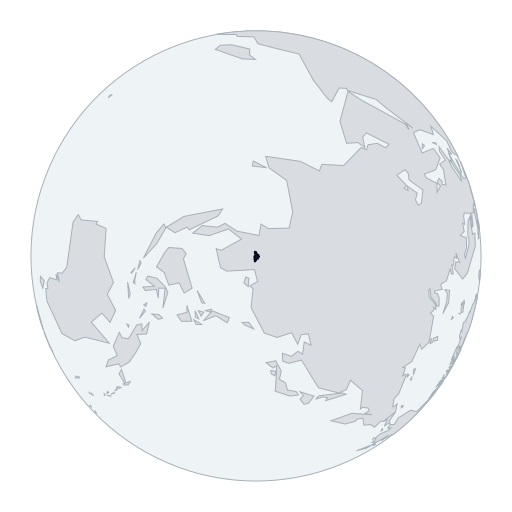 Vientiane highlighted on a globe, orthographic projection, rotated 116°
{"feature_id": "LAO-3284", "entity_name": "Vientiane", "entity_type": "Province", "adm_level": 1, "iso_a3": "LAO", "parent_name": "Laos", "parent_adm1": "", "projection": "orthographic", "projection_center": [102.396, 18.611], "detail": "fine", "context": "on_globe", "style": "filled", "palette": "ink", "viewbox_px": 512, "rotation_deg": 116, "n_neighbors": 0, "source": "natural_earth", "source_scale": "10m", "svg_char_len": 11725}
<svg xmlns="http://www.w3.org/2000/svg" viewBox="0 0 512 512"><g transform="rotate(116 256 256)"><circle cx="256" cy="256" r="225" fill="#eef3f6" stroke="#a8b0b8"/><path d="M467.4,329.9L467.0,331.3L466.9,331.6L467.4,329.9ZM355.4,53.8L358.7,57.2L367.1,62.6L359.5,58.7L380.4,72.6L387.0,80.3L375.0,69.2L370.3,66.3L372.6,70.0L368.2,67.9L366.8,68.8L361.4,66.3L354.9,60.7L351.3,59.2L353.1,62.0L348.8,61.7L346.7,57.8L339.1,57.2L326.7,49.3L325.4,43.4L314.1,39.5L302.9,35.7L320.9,40.3L338.4,46.3L355.4,53.8ZM280.4,32.0L279.4,32.0L275.8,31.6L274.9,31.5L280.4,32.0ZM462.9,166.8L462.8,166.7L462.9,166.8ZM374.1,67.4L372.4,65.5L375.5,68.1L374.1,67.4ZM367.6,69.4L369.4,70.7L367.9,70.6L367.6,69.4ZM358.3,66.9L355.3,66.8L357.2,65.9L358.3,66.9ZM352.8,66.0L345.5,66.4L349.1,69.1L335.0,62.3L345.8,63.8L347.6,62.2L349.3,64.4L352.8,66.0ZM286.5,32.8L304.1,35.9L305.3,36.5L299.2,35.1L303.5,36.5L295.5,35.1L291.3,34.1L292.1,33.9L288.4,33.6L286.5,32.8ZM328.4,58.8L325.6,58.3L327.2,57.8L328.4,58.8ZM279.2,32.0L282.7,32.4L284.0,32.8L277.3,32.1L279.0,32.1L279.2,32.0ZM308.6,37.8L308.4,38.2L301.8,37.2L300.8,37.3L295.4,35.2L308.6,37.8ZM276.9,31.9L273.9,31.8L270.0,31.4L275.9,31.7L276.9,31.9ZM287.1,33.2L287.4,33.5L285.1,33.1L287.1,33.2ZM254.4,30.8L258.5,30.8L259.6,30.9L254.4,30.8ZM273.1,31.9L274.4,32.0L275.3,32.2L272.6,32.1L273.1,31.9ZM291.1,34.8L288.4,34.4L293.0,35.5L288.3,35.1L285.5,33.9L284.7,34.3L283.3,34.2L282.6,33.4L291.1,34.8ZM272.4,32.7L267.2,31.7L259.4,31.4L258.3,31.2L271.1,31.8L272.4,32.7ZM278.5,33.1L274.5,32.8L275.1,32.4L278.2,32.5L278.5,33.1ZM286.1,35.4L294.1,36.3L294.4,36.6L286.1,35.4ZM270.0,32.7L271.3,33.0L269.4,32.7L270.0,32.7ZM281.0,34.5L283.8,34.7L284.1,35.0L281.0,34.5ZM271.6,33.6L269.9,33.1L272.0,33.0L271.6,33.6ZM275.8,34.0L275.6,34.4L273.7,33.3L277.0,34.0L275.8,34.0ZM280.8,34.8L281.9,35.0L279.6,34.7L280.8,34.8ZM264.8,34.4L262.0,33.0L266.5,32.7L268.6,34.0L264.8,34.4ZM77.6,118.5L77.1,123.6L75.9,126.5L68.9,135.1L62.8,155.6L69.1,149.8L70.6,164.0L76.1,168.6L90.6,151.8L81.6,143.7L87.1,133.5L99.9,132.3L108.7,140.7L111.1,137.0L111.4,125.2L119.5,121.1L112.2,120.8L110.7,125.3L106.1,125.6L107.2,121.5L110.0,120.0L109.0,116.5L96.0,125.5L93.0,131.1L86.8,127.8L81.3,137.1L77.5,139.4L85.3,124.7L89.2,120.6L98.8,103.8L94.2,107.6L84.8,124.1L85.1,121.8L78.8,128.3L83.8,121.5L95.3,103.6L93.6,101.7L81.1,114.0L101.1,92.4L98.7,95.3L103.9,90.7L113.8,81.8L111.6,84.2L115.0,81.5L114.3,83.3L121.9,79.5L122.5,81.1L133.9,74.1L135.8,74.3L128.4,78.2L123.7,82.2L126.0,87.6L128.9,87.0L136.2,82.3L135.9,84.8L142.7,79.6L148.2,81.4L147.2,75.2L155.7,70.6L163.6,69.1L166.2,66.8L153.3,69.3L148.3,71.5L144.3,74.9L130.6,81.2L128.0,80.7L141.6,70.8L139.4,69.4L151.0,63.2L178.8,58.5L186.1,60.2L180.2,72.0L173.6,73.8L172.5,70.1L165.7,77.6L170.0,74.9L169.8,77.4L177.9,74.5L178.1,76.1L185.5,70.8L186.7,72.5L182.0,75.9L195.0,74.0L199.7,77.3L202.6,76.2L204.2,74.0L209.1,80.2L211.0,79.1L210.1,76.6L213.3,73.1L220.7,69.5L222.0,71.8L219.5,73.4L216.2,80.7L209.2,85.2L210.5,85.9L216.8,82.6L220.9,73.5L225.1,70.8L224.1,74.8L224.7,73.1L227.2,72.5L230.8,74.3L232.4,69.9L257.6,62.7L267.2,66.2L263.5,70.0L282.5,69.7L291.8,75.1L291.0,72.6L299.5,71.7L296.7,69.9L297.0,68.7L317.6,67.3L323.5,69.3L331.4,67.2L331.0,66.1L327.1,64.4L335.0,62.3L349.1,69.1L349.3,71.1L358.0,74.6L357.3,79.1L360.8,84.9L355.0,88.8L358.3,93.6L361.3,94.5L368.0,102.3L371.2,116.4L355.3,100.8L347.8,82.1L349.7,89.0L345.3,86.5L343.5,88.5L345.2,93.9L347.8,95.1L330.2,101.3L326.3,116.6L336.3,116.2L342.8,121.4L347.1,141.9L329.6,169.5L338.1,179.4L338.8,185.9L331.9,189.6L330.6,180.2L323.3,176.6L323.7,171.1L312.1,175.0L312.1,167.4L303.1,174.7L306.8,180.9L317.1,179.8L309.3,190.3L320.0,201.5L321.6,214.8L304.5,237.8L286.6,244.3L285.6,248.5L278.3,243.4L268.9,251.4L282.5,275.8L282.1,282.7L266.7,295.1L266.4,290.0L247.2,276.4L243.7,292.6L258.2,307.0L263.2,323.0L252.1,317.5L247.0,303.3L240.2,298.1L242.0,284.0L236.3,262.3L225.1,265.4L226.0,256.9L216.4,238.5L200.3,242.3L174.6,261.6L171.1,282.9L162.2,291.0L151.5,257.7L151.8,236.4L144.7,236.9L136.3,216.9L112.5,209.1L112.0,203.1L106.9,204.1L101.5,196.3L101.9,186.8L97.3,185.6L97.0,210.8L102.3,212.3L110.8,205.8L109.4,214.2L115.0,223.9L98.3,239.5L67.7,245.5L69.7,229.1L72.0,179.6L74.7,175.4L74.9,174.8L75.2,173.8L70.4,180.3L72.4,171.1L65.9,203.6L62.6,216.7L67.2,246.3L65.6,248.1L68.6,255.0L84.1,255.5L83.1,260.7L72.7,281.8L55.6,305.7L60.7,329.1L64.4,347.3L60.0,354.0L66.8,369.0L65.5,371.0L69.7,378.9L72.3,385.1L74.2,389.0L74.0,388.8L65.0,375.4L56.9,361.5L49.9,347.0L43.9,332.1L39.1,316.7L35.3,301.1L32.6,285.2L31.1,269.1L30.7,253.0L31.5,237.0L33.5,221.0L36.5,205.2L40.7,189.6L46.0,174.4L52.4,159.6L59.8,145.3L68.2,131.6L77.6,118.5ZM113.1,159.9L121.7,164.9L126.5,151.6L130.2,152.6L130.5,148.0L126.8,150.7L128.8,138.6L135.7,137.3L139.1,132.3L136.4,130.4L123.5,134.9L120.5,151.8L114.8,155.5L113.1,159.9ZM135.0,66.8L131.8,69.1L127.8,71.5L127.2,71.3L132.9,67.6L135.0,66.8ZM128.3,72.1L142.0,63.4L143.0,63.8L140.1,64.9L139.3,66.0L134.5,68.3L122.0,78.0L117.7,80.9L118.9,77.7L120.8,76.9L123.8,74.3L128.3,72.1ZM175.5,46.0L181.4,43.8L175.8,47.3L170.8,49.0L169.9,48.4L175.1,46.0L175.5,46.0ZM270.7,31.2L271.0,31.3L268.0,31.2L265.0,31.1L265.6,31.0L261.2,31.0L259.8,30.8L256.3,30.8L249.9,30.8L270.7,31.2ZM221.2,33.4L224.0,33.0L225.8,32.8L226.8,32.6L222.9,33.2L229.7,32.3L229.8,32.5L237.6,32.3L247.4,31.7L250.5,31.9L246.7,32.2L252.5,32.3L247.5,33.2L249.6,33.5L246.7,35.0L238.2,36.0L241.2,36.3L239.1,37.9L232.1,39.2L234.1,37.7L225.0,40.4L223.6,39.1L222.6,39.5L218.8,39.1L212.5,39.7L212.8,39.0L210.2,39.5L207.6,39.6L204.2,40.2L203.6,39.4L199.3,40.2L201.5,39.4L194.3,41.2L199.4,39.5L196.6,39.9L193.1,41.3L197.7,38.4L221.2,33.4ZM263.7,34.8L253.8,35.5L248.2,35.4L255.5,32.9L254.3,32.5L258.8,31.5L266.9,32.0L264.8,32.1L264.7,32.4L262.2,32.1L264.2,32.6L261.4,33.0L262.2,33.6L258.8,33.6L263.7,34.8ZM78.8,124.4L78.6,125.8L79.3,127.0L75.4,131.4L78.8,124.4ZM86.3,112.1L86.8,112.3L81.6,118.5L81.8,117.3L86.3,112.1ZM91.5,107.6L87.2,111.9L89.6,108.9L91.5,107.6ZM129.4,78.4L130.4,78.8L128.8,80.0L126.1,81.3L129.4,78.4ZM204.8,49.5L206.8,48.0L208.2,48.0L215.6,45.5L217.2,46.7L213.4,48.6L204.8,49.5ZM86.5,153.6L82.3,155.7L82.7,153.2L84.0,152.9L86.5,153.6ZM76.6,142.8L76.8,147.5L75.5,144.0L76.6,142.8ZM207.8,50.3L210.6,49.1L209.7,50.5L207.8,50.3ZM218.8,47.5L218.4,48.9L218.3,46.6L218.8,47.5ZM173.9,455.9L178.6,458.2L175.4,457.7L173.9,455.9ZM84.9,354.9L88.1,383.1L82.2,380.4L76.8,370.4L72.7,352.3L78.1,350.0L79.6,342.7L84.9,354.9ZM319.4,359.4L326.0,360.2L325.7,361.1L319.4,359.4ZM312.5,356.2L320.1,356.4L311.1,358.3L312.5,356.2ZM323.0,356.5L330.8,354.4L334.1,352.7L333.5,354.7L323.0,356.5ZM307.3,356.3L278.9,355.7L267.6,352.8L270.3,349.3L288.6,350.7L307.3,356.3ZM269.4,349.2L252.1,338.2L228.3,306.6L236.8,307.8L261.7,327.5L260.1,330.5L270.6,339.0L269.4,349.2ZM311.1,331.2L309.4,340.6L293.8,339.7L286.6,338.1L281.7,325.9L284.5,319.8L290.3,320.1L312.9,299.3L320.8,304.4L313.9,313.3L320.4,321.5L311.1,331.2ZM172.0,285.1L176.7,298.7L171.9,300.1L172.0,285.1ZM321.8,284.4L312.9,293.7L321.0,281.3L321.8,284.4ZM326.6,272.6L327.2,277.4L323.4,272.8L326.6,272.6ZM285.5,255.1L279.3,256.0L279.1,252.6L286.9,249.5L285.5,255.1ZM322.6,226.2L322.9,236.1L321.8,239.4L318.8,233.5L322.6,226.2ZM225.9,62.8L213.7,64.5L206.1,67.4L203.5,71.3L202.0,66.9L213.7,62.4L225.9,62.8ZM253.6,62.3L255.8,59.5L258.3,60.7L258.1,61.5L253.6,62.3ZM252.4,60.6L248.6,57.4L252.1,55.9L254.5,58.6L252.4,60.6ZM227.8,52.6L224.1,52.9L224.9,51.7L227.8,52.6ZM415.6,414.8L409.3,421.1L401.6,427.9L396.4,431.7L415.6,414.8ZM368.7,440.8L371.0,435.5L378.3,433.6L373.1,438.9L368.7,440.8ZM417.2,413.4L420.8,409.5L426.5,403.0L431.2,396.5L427.5,401.9L428.6,400.8L417.2,413.4ZM348.9,421.2L305.7,435.3L296.7,434.0L300.2,429.0L294.4,413.4L297.4,413.7L296.9,402.8L323.2,392.1L342.3,372.5L355.6,372.9L366.4,358.3L379.6,358.1L374.8,369.4L387.6,375.1L398.7,349.6L404.0,374.3L411.6,381.6L410.8,396.4L388.1,424.2L377.4,430.7L376.4,428.9L371.7,432.0L365.9,432.0L364.8,424.7L360.0,427.7L365.6,421.2L358.2,427.2L356.2,422.5L348.9,421.2ZM442.2,361.5L443.4,361.6L444.7,365.0L442.7,365.1L442.2,361.5ZM463.9,337.2L463.9,338.9L462.7,340.3L463.9,337.2ZM466.9,331.6L465.6,333.6L467.4,329.9L466.9,331.6ZM452.1,343.9L452.5,345.2L451.9,346.0L452.1,343.9ZM451.6,343.6L452.8,340.7L452.3,343.3L451.6,343.6ZM446.3,332.1L447.3,330.5L447.6,331.4L446.3,332.1ZM335.7,360.0L345.0,352.5L350.0,351.7L335.7,360.0ZM445.1,329.7L442.8,330.1L443.1,328.6L445.1,329.7ZM445.5,326.3L445.4,324.4L446.6,328.6L445.5,326.3ZM441.2,323.1L443.9,325.9L440.8,323.6L441.2,323.1ZM439.3,324.1L437.2,323.0L437.4,322.4L439.3,324.1ZM413.0,331.9L421.3,342.2L414.2,343.1L406.4,337.0L399.6,344.8L384.5,345.3L388.2,340.7L386.3,334.3L370.3,333.0L367.1,328.9L373.0,325.6L362.2,322.9L374.0,320.1L378.7,328.7L385.3,321.2L396.4,321.8L406.9,323.5L415.1,329.0L413.0,331.9ZM373.8,339.7L375.8,339.5L373.9,342.3L373.8,339.7ZM433.1,319.1L436.2,322.7L435.8,323.8L434.2,323.5L433.1,319.1ZM417.0,327.1L425.9,318.4L427.9,318.2L422.0,327.5L417.0,327.1ZM423.9,314.0L427.9,314.4L429.9,318.1L429.1,319.4L423.9,314.0ZM349.7,332.9L349.1,335.4L346.0,333.6L349.7,332.9ZM353.7,331.3L363.0,333.4L352.8,333.4L353.7,331.3ZM324.8,323.6L327.6,329.4L336.5,325.4L329.7,331.0L335.6,340.4L333.5,344.1L327.7,333.9L325.4,344.6L321.5,344.5L319.4,335.3L323.5,324.0L327.4,319.3L343.4,316.9L324.8,323.6ZM353.7,324.1L351.2,317.4L353.0,312.7L355.8,316.2L353.7,324.1ZM343.6,301.1L336.8,293.3L330.7,296.5L342.8,285.0L347.4,294.4L343.6,301.1ZM337.6,283.7L331.9,286.6L337.6,279.9L337.6,283.7ZM330.3,283.9L329.5,278.3L334.1,279.0L330.3,283.9ZM340.5,283.9L341.3,274.3L343.8,279.9L340.5,283.9ZM327.2,265.9L337.2,274.9L324.4,271.2L323.1,253.0L328.6,252.5L327.2,265.9ZM352.6,192.7L350.8,187.7L355.5,186.5L355.4,190.2L352.6,192.7ZM369.1,179.5L356.1,184.6L345.5,189.4L349.2,191.6L347.5,200.2L341.5,192.3L348.4,182.8L356.6,180.9L357.1,173.8L362.6,169.0L360.2,160.5L362.3,156.8L367.0,164.1L369.1,179.5ZM358.7,157.0L356.5,142.4L365.6,144.3L368.2,147.9L365.4,153.6L360.7,152.2L358.7,157.0ZM358.6,139.6L354.1,138.3L341.2,118.1L340.8,114.4L355.4,129.9L351.9,129.6L353.5,134.5L358.6,139.6ZM326.9,59.5L325.8,58.4L328.2,59.4L326.9,59.5ZM295.2,67.8L296.0,66.3L298.9,67.2L295.2,67.8ZM299.6,63.0L295.8,62.9L299.3,62.0L299.6,63.0ZM287.5,63.2L294.1,62.4L288.5,64.6L287.5,63.2Z" fill="#d9dde1" stroke="#a8b0b8" stroke-width="1"/><path d="M254.7,257.6L254.2,258.3L253.9,258.2L253.7,258.1L253.6,258.4L253.5,258.7L253.2,258.8L253.0,259.0L252.9,258.9L252.9,259.0L252.9,258.9L252.7,258.9L252.4,258.8L252.4,258.7L252.4,258.3L252.4,258.1L252.3,257.9L252.3,257.7L252.5,257.4L252.6,257.2L252.8,257.2L252.9,256.9L253.0,256.9L253.1,256.7L253.3,256.5L253.5,256.5L253.6,256.4L253.6,256.2L253.8,256.0L253.8,255.9L253.9,255.7L254.0,255.4L254.0,255.2L253.8,255.0L253.8,254.9L253.8,254.7L253.8,254.4L253.9,254.2L254.0,254.1L254.4,253.9L254.5,253.6L254.6,253.4L254.8,253.3L254.8,253.2L255.0,252.9L255.3,252.9L255.4,253.0L255.6,253.0L255.8,253.0L255.9,252.9L256.0,253.0L256.3,253.2L256.4,253.3L256.5,253.5L256.9,253.5L257.1,253.4L257.3,253.2L257.3,253.3L257.5,253.4L257.7,253.6L257.8,253.6L258.0,253.7L258.4,253.7L258.5,253.8L258.9,253.9L259.2,254.0L259.3,254.0L259.4,253.9L259.5,253.9L259.8,254.0L259.9,253.9L260.0,253.9L260.3,254.0L260.5,254.1L260.9,254.2L261.1,254.3L261.3,254.3L261.5,254.4L261.6,254.7L261.5,254.9L261.4,255.0L261.2,255.1L260.9,255.0L260.7,254.9L260.4,254.7L260.2,254.7L260.0,254.8L260.1,255.1L260.1,255.3L260.1,255.5L260.1,255.8L260.0,256.0L259.9,256.1L259.6,256.2L259.3,256.3L258.9,256.3L258.6,256.4L257.8,256.3L257.6,256.4L257.7,256.7L257.8,256.8L257.9,257.1L257.7,257.2L257.4,257.2L257.3,257.3L257.2,257.3L256.8,257.5L256.7,257.5L256.5,257.4L256.4,257.3L256.3,257.2L256.2,257.2L255.9,257.2L255.6,257.1L255.4,256.9L255.3,256.7L255.2,256.7L255.0,256.8L254.9,256.8L254.7,256.8L254.7,257.0L254.7,257.4L254.7,257.6L254.7,257.6Z" fill="#0f172a" stroke="#020617" stroke-width="1.5"/></g></svg>